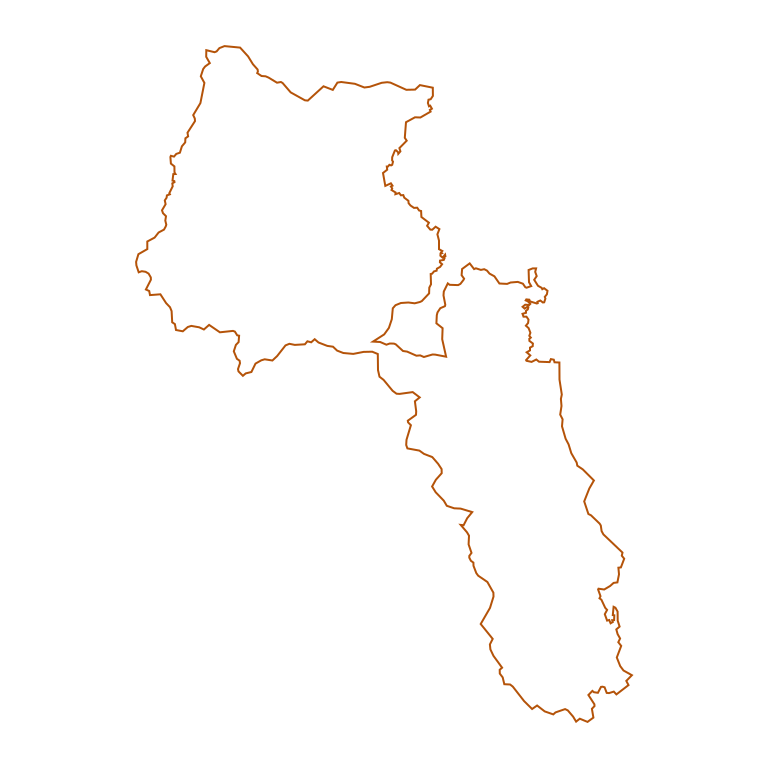 outline of Luong Son, Ha Noi, Vietnam
{"feature_id": "81297802B92770026846870", "entity_name": "Luong Son", "entity_type": "district", "adm_level": 2, "iso_a3": "VNM", "parent_name": "Vietnam", "parent_adm1": "Ha Noi", "projection": "orthographic", "projection_center": [105.569, 20.782], "detail": "fine", "context": "isolated", "style": "outline", "palette": "amber", "viewbox_px": 768, "rotation_deg": 0, "n_neighbors": 0, "source": "geoboundaries", "source_scale": "gbopen_adm2", "svg_char_len": 6086}
<svg xmlns="http://www.w3.org/2000/svg" viewBox="0 0 768 768"><path d="M420.4,117.5L430.6,111.6L429.9,109.9L431.9,108.7L430.2,105.7L429.0,106.3L427.9,103.0L428.5,99.7L430.7,99.2L432.9,95.9L432.8,87.7L419.9,85.1L415.1,89.6L406.3,89.8L390.4,82.6L387.2,82.2L381.7,82.8L369.7,86.8L364.4,87.5L354.9,83.8L341.2,82.0L337.4,82.6L332.8,89.9L323.5,86.3L307.8,100.6L304.9,100.3L290.7,92.4L282.6,83.0L280.9,82.0L277.0,82.7L268.6,77.6L265.6,76.3L261.5,76.0L257.2,73.1L257.9,71.5L257.6,69.5L252.9,64.2L248.1,56.4L240.1,47.6L224.5,46.1L219.4,48.1L216.6,51.4L214.6,52.2L206.3,50.2L206.2,56.8L209.8,63.1L205.1,66.5L203.2,69.0L200.8,76.3L204.4,82.9L200.4,103.1L193.2,115.1L194.8,118.5L195.0,121.1L187.5,132.7L188.1,136.4L185.4,138.3L185.2,142.4L181.9,146.3L179.9,152.7L176.3,153.9L174.0,156.6L170.9,155.8L170.4,157.0L170.9,163.6L174.4,166.4L174.5,172.4L175.5,174.0L173.3,174.1L172.5,180.6L174.3,181.1L174.5,182.1L172.3,183.4L172.7,186.3L169.3,193.2L169.9,194.3L166.9,195.4L166.6,197.7L164.8,200.4L165.6,204.2L162.0,210.3L163.0,213.2L166.0,216.2L165.3,220.6L166.3,224.7L165.7,226.5L164.0,229.6L158.6,232.5L154.6,237.6L147.3,241.5L147.3,249.1L138.4,254.2L136.1,261.9L136.4,265.4L138.7,272.3L141.8,271.2L145.6,271.8L148.6,273.6L150.8,277.4L150.9,279.7L145.9,289.5L149.2,291.0L150.0,295.1L160.4,294.3L166.1,303.1L170.0,307.2L171.6,311.1L172.2,322.3L174.9,324.1L176.0,330.0L182.8,331.3L187.8,327.0L191.3,325.9L199.2,327.3L203.9,329.5L209.1,324.9L219.9,332.3L233.0,330.9L234.9,331.6L237.2,335.3L239.1,335.7L238.6,342.1L235.9,344.9L233.8,351.3L236.9,358.8L239.6,360.7L240.0,363.2L238.0,369.1L238.5,371.4L242.9,375.8L245.7,373.4L251.4,372.0L255.5,363.6L261.3,360.3L264.7,359.3L272.4,360.5L277.1,356.1L285.5,345.4L289.4,343.8L294.8,344.9L304.9,344.3L307.4,341.3L311.2,342.3L314.7,339.2L318.5,342.5L327.3,345.9L333.0,346.7L337.1,350.6L343.3,353.0L353.3,353.9L363.6,351.9L372.2,351.7L377.8,354.0L378.0,370.1L379.5,376.7L383.6,379.9L392.6,390.8L396.5,393.7L399.6,393.9L412.7,392.1L419.7,397.4L414.9,401.3L416.2,411.3L416.0,414.8L407.8,420.7L408.1,422.4L410.9,425.2L406.5,439.8L406.2,445.0L407.4,448.4L419.4,450.6L424.0,453.9L432.3,457.1L438.1,463.8L441.6,469.1L441.7,473.2L435.9,479.7L432.1,486.5L435.7,492.3L443.8,500.7L446.8,505.8L454.2,508.3L460.6,508.6L472.2,512.1L467.2,518.2L463.6,525.2L460.7,524.9L467.0,532.3L469.0,535.7L468.6,544.4L471.5,552.9L469.3,555.9L469.3,557.7L470.9,560.8L473.4,562.6L473.5,565.8L476.3,573.1L478.2,575.7L487.4,582.0L493.4,592.7L493.5,596.6L490.0,607.9L480.7,624.0L492.7,638.9L489.9,644.4L490.4,649.4L493.5,655.9L502.1,667.7L499.7,669.8L499.8,673.6L502.7,677.4L504.3,684.2L510.1,684.5L512.8,686.6L524.1,701.1L532.1,709.0L537.1,705.5L544.7,711.4L553.3,714.4L555.5,712.4L565.1,709.1L567.8,710.4L573.1,716.6L576.1,721.6L579.8,718.7L587.5,721.9L593.4,717.6L591.9,708.8L594.5,706.1L594.4,704.3L588.4,695.0L592.4,690.9L593.9,692.2L597.9,692.8L601.0,686.9L602.6,686.7L604.6,687.3L606.7,692.9L609.0,693.1L613.8,691.6L616.4,694.4L628.5,685.1L626.3,680.9L631.9,675.2L623.5,670.5L620.2,666.1L616.8,657.5L621.2,645.9L618.3,642.2L620.1,638.5L617.6,634.1L616.3,629.4L619.6,626.6L617.7,620.7L617.6,611.6L615.4,607.7L613.6,606.8L612.8,615.1L614.3,615.3L614.1,620.1L612.2,620.2L612.8,622.0L610.6,623.3L609.2,620.0L607.1,620.6L604.8,614.2L607.1,609.9L605.2,607.8L601.4,599.7L599.5,598.3L600.5,596.2L598.1,589.5L598.5,588.7L604.2,589.5L610.1,586.0L613.6,582.9L617.4,582.4L619.0,574.3L618.4,567.7L620.9,567.4L624.2,558.7L621.8,555.7L622.5,552.6L603.4,534.4L601.6,531.1L600.8,525.5L599.7,523.7L591.0,515.3L588.4,514.0L584.2,501.4L589.3,488.5L593.9,480.5L582.8,469.4L577.3,465.7L576.7,462.6L571.3,453.2L568.6,444.4L565.6,438.7L562.0,426.3L562.6,419.3L560.2,414.6L561.5,406.0L560.9,398.9L561.8,394.6L559.5,379.6L559.4,362.5L554.5,362.3L553.8,359.7L550.9,359.1L549.6,362.1L539.0,361.7L536.3,359.5L531.6,361.9L526.5,360.8L526.1,360.1L530.3,355.4L526.7,352.3L530.0,350.4L530.0,347.6L532.7,346.2L532.9,343.5L529.4,340.9L529.3,338.8L530.8,337.6L529.3,335.8L530.4,332.8L528.6,328.1L525.9,325.7L528.1,323.0L528.5,319.6L526.5,316.7L523.5,316.7L522.5,313.8L526.0,312.8L525.9,310.9L527.8,309.4L528.4,307.1L527.7,306.6L524.6,308.6L522.6,306.8L525.2,304.7L529.2,305.0L530.3,303.9L527.8,301.3L525.7,300.4L526.3,299.4L529.3,299.7L530.0,301.4L536.8,303.5L537.7,303.2L537.4,301.8L540.3,300.5L542.9,302.5L544.2,302.3L545.4,298.6L544.8,296.9L546.9,294.3L547.5,290.8L544.1,288.2L542.3,289.2L541.6,287.8L538.0,285.8L534.2,279.8L536.7,276.1L535.2,271.9L536.1,268.4L532.7,268.4L528.6,270.0L529.0,282.2L531.2,286.1L526.6,287.7L525.3,287.2L522.9,283.7L517.8,281.9L510.6,282.5L507.1,283.9L499.4,283.5L494.4,276.3L489.5,273.6L487.0,270.6L484.2,269.2L480.9,269.9L475.9,268.3L474.1,269.1L469.7,263.4L462.1,269.0L461.6,275.2L464.1,278.7L463.5,279.9L460.4,283.9L458.1,285.1L449.6,284.8L447.8,283.4L443.8,291.5L443.5,295.4L445.3,304.8L444.9,306.2L440.3,308.2L437.5,312.4L436.8,315.2L436.4,323.3L442.6,328.2L442.2,339.2L446.1,356.7L435.1,354.6L432.5,354.5L423.9,357.0L420.2,355.4L416.4,355.7L407.1,351.6L403.0,351.0L395.7,344.3L393.9,343.6L389.8,343.5L386.4,344.7L380.2,342.0L373.0,341.6L384.2,334.4L388.9,327.9L391.8,319.2L392.8,308.3L395.5,305.2L400.9,303.0L408.4,302.5L414.7,303.3L419.9,302.0L421.8,301.1L429.1,293.4L429.3,287.6L431.0,284.3L430.7,274.0L432.1,273.7L434.0,271.4L436.6,270.7L436.9,268.7L440.1,266.9L442.1,264.2L439.9,262.3L440.0,260.6L443.8,259.9L444.5,258.3L443.5,257.4L445.4,256.3L445.1,254.6L442.6,257.6L440.4,255.7L440.5,253.6L441.9,253.2L441.1,252.4L442.3,251.0L439.0,249.2L439.0,240.6L437.4,234.3L439.4,229.1L435.6,226.7L432.3,229.7L430.3,229.6L427.1,225.8L428.9,222.7L421.4,217.0L421.1,211.0L419.1,210.5L417.2,207.7L414.0,207.9L410.5,205.5L408.6,203.2L408.4,200.8L404.3,197.7L403.3,195.1L400.9,195.3L399.2,193.0L395.4,194.2L395.6,192.5L391.5,190.0L392.2,188.4L390.9,186.5L392.5,185.7L390.9,183.3L385.3,185.9L383.0,173.0L387.2,169.7L386.8,166.5L388.0,166.5L389.4,164.8L391.1,165.4L392.2,164.8L393.0,161.7L392.1,160.3L392.2,157.2L394.9,150.5L395.9,150.2L398.1,152.2L398.3,153.8L400.4,151.4L399.4,148.1L406.7,140.7L404.8,137.8L406.0,122.2L415.0,117.3L420.4,117.5Z" fill="none" stroke="#b45309" stroke-width="2"/></svg>